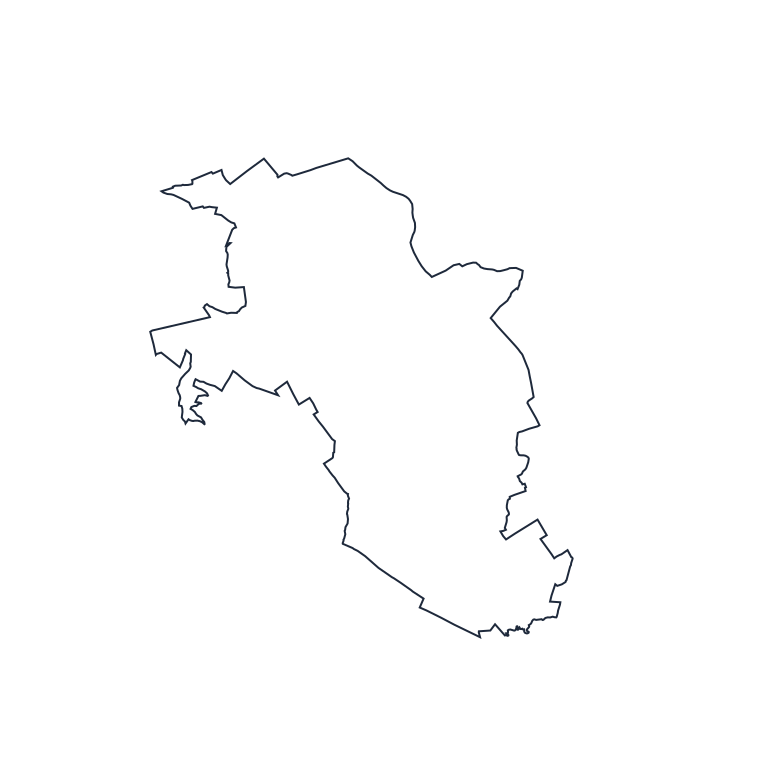 Oteleni, Iasi, Romania (orthographic projection), rotated 321°
{"feature_id": "2599482B92750391134377", "entity_name": "Oteleni", "entity_type": "district", "adm_level": 2, "iso_a3": "ROU", "parent_name": "Romania", "parent_adm1": "Iasi", "projection": "orthographic", "projection_center": [27.012, 47.088], "detail": "fine", "context": "isolated", "style": "outline", "palette": "slate", "viewbox_px": 768, "rotation_deg": 321, "n_neighbors": 0, "source": "geoboundaries", "source_scale": "gbopen_adm2", "svg_char_len": 6160}
<svg xmlns="http://www.w3.org/2000/svg" viewBox="0 0 768 768"><g transform="rotate(321 384 384)"><path d="M251.4,482.3L256.4,491.8L256.7,493.2L258.5,497.1L261.0,505.9L264.0,523.5L268.6,539.2L269.4,541.1L271.9,549.1L275.4,561.5L275.7,563.3L279.7,575.7L271.1,580.2L274.5,586.7L281.3,601.6L287.2,615.4L299.3,641.2L301.4,636.6L302.1,635.9L311.5,642.5L319.1,640.6L319.7,655.5L320.5,655.7L321.7,657.6L322.4,657.7L322.7,657.4L322.7,657.0L321.8,655.6L322.0,654.6L323.4,655.6L324.3,654.8L325.2,653.4L326.3,653.5L327.7,654.3L329.9,657.5L330.5,657.9L331.7,657.9L333.2,657.0L334.4,655.9L335.0,656.0L335.1,656.3L334.8,656.7L333.4,658.0L333.2,659.0L333.5,659.3L334.5,659.2L335.3,658.4L336.1,658.3L335.8,660.2L336.3,660.7L337.4,661.2L337.2,661.6L337.5,662.1L338.5,662.8L337.2,664.6L337.0,665.6L337.1,666.4L338.1,667.8L339.0,668.2L339.8,668.3L340.4,667.9L340.4,667.4L339.8,666.0L339.8,665.5L340.5,664.7L343.6,664.2L344.2,663.9L344.8,662.5L346.7,662.8L348.0,662.5L350.3,661.3L351.8,661.1L352.7,661.5L353.8,663.1L358.5,666.0L358.6,667.0L358.8,667.3L359.6,667.6L362.2,667.4L364.4,668.4L366.2,670.0L368.7,671.0L369.7,672.5L371.0,673.8L371.7,673.6L374.9,671.3L376.6,669.7L381.9,666.2L383.7,664.6L376.1,657.6L381.1,653.8L391.1,647.4L391.6,649.9L396.1,651.6L400.2,652.1L400.8,652.0L401.6,651.3L402.4,651.3L413.8,643.0L415.3,642.4L416.7,641.0L420.6,638.5L420.9,638.1L421.0,637.1L420.6,636.4L422.1,628.6L414.7,628.0L412.9,627.4L409.5,626.7L406.6,626.6L407.1,621.6L408.1,602.9L415.3,603.9L418.0,586.0L391.8,582.7L381.0,581.6L380.9,577.2L381.7,571.8L384.2,573.2L387.0,574.0L387.3,571.9L392.3,568.5L393.7,567.2L395.6,564.5L396.5,564.1L398.9,564.0L399.7,563.1L400.2,561.9L400.8,559.1L401.5,557.5L403.2,555.5L407.0,552.3L408.3,552.1L409.6,552.4L410.7,550.8L415.7,552.3L426.7,556.3L428.2,553.4L429.4,553.6L430.6,550.1L428.4,549.1L428.8,547.4L428.5,544.9L429.5,542.5L429.6,540.3L429.8,539.8L433.7,540.6L434.7,540.5L436.9,539.4L440.1,539.3L441.9,538.7L446.8,535.6L449.5,533.2L449.9,532.0L449.6,530.7L448.9,528.9L447.7,527.4L445.1,525.2L444.3,524.2L444.3,523.6L445.3,519.5L445.7,518.4L446.2,518.0L446.7,516.9L449.1,514.8L451.6,511.4L457.3,506.2L459.0,506.5L461.4,507.7L468.6,510.1L476.8,513.6L478.9,513.9L480.6,506.4L483.5,489.0L484.7,488.2L486.3,488.0L490.0,488.4L492.1,488.3L499.1,475.5L502.0,469.9L505.2,464.0L509.9,448.7L510.1,447.1L510.0,445.3L510.2,441.6L510.1,437.4L508.5,409.8L508.6,405.1L508.4,399.9L522.8,396.9L532.3,396.9L535.7,395.6L537.2,395.4L539.8,393.6L542.2,393.1L547.2,393.1L547.5,394.3L551.6,392.0L554.4,389.3L556.4,389.0L558.0,388.1L563.1,383.3L559.7,376.9L554.5,373.0L552.2,372.5L548.8,371.0L545.4,369.4L542.9,367.5L541.3,364.5L540.2,363.1L536.8,359.9L534.4,357.2L532.6,354.0L532.7,351.3L532.2,349.8L531.9,347.7L529.6,345.7L523.8,343.0L518.9,341.8L518.1,338.1L512.8,335.5L503.3,334.7L488.5,330.9L488.3,328.0L487.3,322.7L487.4,316.2L488.2,309.8L490.0,300.6L492.0,294.2L493.6,290.7L500.2,286.3L503.3,284.9L504.5,284.0L506.9,281.7L509.4,278.3L511.2,273.2L512.4,271.1L513.9,268.7L516.4,266.0L519.1,261.9L519.6,258.2L519.7,255.6L519.0,252.4L517.6,249.1L511.9,240.2L510.5,237.3L509.2,233.3L508.5,229.5L508.0,225.8L505.3,214.1L503.8,210.2L501.0,200.0L500.4,197.2L499.8,191.1L498.2,186.1L467.4,173.5L461.4,171.5L448.3,166.3L443.8,164.4L443.6,163.4L441.8,160.0L441.0,158.9L438.8,157.7L431.7,156.8L431.8,155.5L432.9,154.4L432.5,133.3L411.8,132.3L390.3,131.8L389.5,126.3L389.6,124.8L390.2,120.2L392.4,115.4L383.4,112.8L383.3,110.7L363.1,104.7L362.9,105.5L362.1,106.6L361.1,107.8L360.6,107.9L357.0,106.0L353.7,103.5L353.1,102.6L351.3,102.1L346.5,98.5L344.2,97.8L344.1,98.4L343.5,98.7L332.4,94.2L333.0,96.4L335.2,100.0L337.9,102.6L339.4,104.6L343.5,113.0L346.7,120.5L345.8,123.5L345.4,127.4L354.9,131.9L354.9,133.8L360.0,136.4L361.5,138.2L365.1,141.8L359.8,145.5L363.9,150.4L365.8,158.9L367.0,162.3L368.8,165.0L367.5,169.2L365.4,168.4L363.1,168.6L348.8,176.8L352.8,177.3L353.4,177.9L347.8,178.3L345.4,180.8L344.9,181.4L344.7,183.6L344.0,185.1L342.0,187.3L336.9,191.9L335.9,193.5L334.2,197.8L333.4,198.9L332.2,199.0L332.4,200.2L331.3,201.5L329.1,206.4L327.7,207.6L325.8,208.6L324.4,210.7L329.0,215.5L336.1,220.5L328.3,233.4L325.4,236.1L321.7,235.1L319.2,235.4L317.1,236.1L315.3,235.7L314.4,236.2L310.0,232.4L306.3,230.3L306.0,229.4L303.7,226.0L300.1,219.5L299.0,216.3L297.3,213.7L296.7,210.5L294.1,210.3L292.7,211.2L292.0,211.1L291.3,220.5L290.8,222.5L237.6,196.6L235.2,196.3L229.9,208.1L225.0,217.8L226.2,217.6L230.6,219.4L235.8,242.6L242.7,239.0L243.8,238.1L248.5,235.5L248.5,235.0L251.6,233.3L252.6,239.6L247.8,245.2L246.4,246.0L244.6,248.9L243.4,249.6L240.8,250.6L235.9,251.0L230.0,252.0L227.4,253.1L224.1,255.9L220.7,256.8L219.7,258.8L218.6,261.8L218.2,264.1L217.3,266.0L216.4,267.2L213.2,269.2L211.1,271.8L212.8,273.7L211.7,276.3L209.8,278.9L205.8,282.7L205.4,285.5L205.7,287.9L204.9,289.8L209.9,288.4L210.4,290.0L211.7,292.0L212.7,292.9L213.5,293.2L215.9,295.0L217.5,297.0L218.6,299.3L219.1,302.2L219.4,302.2L220.4,300.4L220.4,297.5L220.8,294.8L219.2,291.0L219.1,289.0L219.4,286.7L218.9,283.9L218.0,281.6L219.8,280.7L220.5,280.9L222.8,281.6L224.4,283.1L227.4,282.9L228.6,283.4L229.5,284.2L229.8,284.1L229.8,283.6L228.2,281.4L226.6,280.1L226.1,279.3L232.3,276.5L233.9,277.7L237.7,279.9L239.4,282.2L240.0,282.2L240.6,280.0L240.2,277.2L238.6,273.0L236.9,270.4L236.1,268.1L234.8,265.5L237.4,263.4L239.9,262.0L240.6,261.7L242.6,266.4L245.1,268.7L246.3,271.9L248.3,275.2L251.2,279.1L253.6,287.2L260.5,284.4L267.3,282.2L274.9,278.9L276.1,282.9L278.0,293.4L280.5,302.9L282.5,307.0L284.1,309.0L294.6,326.1L295.2,320.5L310.1,321.2L307.1,334.8L304.9,346.4L317.4,348.0L316.8,354.5L315.2,361.3L314.8,364.0L310.2,363.4L309.7,372.0L309.7,378.8L309.0,394.1L309.9,397.5L307.2,400.1L302.3,405.7L301.3,405.5L298.3,408.7L297.3,409.1L287.2,408.1L286.9,411.5L286.8,416.5L286.6,417.3L286.5,422.7L286.7,425.8L286.0,432.1L285.5,442.4L286.3,446.1L286.8,446.8L286.0,447.5L285.5,448.5L284.7,451.1L283.0,451.9L281.6,453.3L281.0,454.0L281.0,454.3L278.7,456.6L278.0,458.1L277.6,458.6L275.2,460.0L273.4,461.7L273.2,462.5L271.0,466.3L267.9,469.5L264.0,471.0L262.0,472.9L261.0,473.4L259.4,476.4L255.8,479.0L254.4,479.6L254.0,480.3L251.7,481.7L251.4,482.3Z" fill="none" stroke="#1e293b" stroke-width="2"/></g></svg>